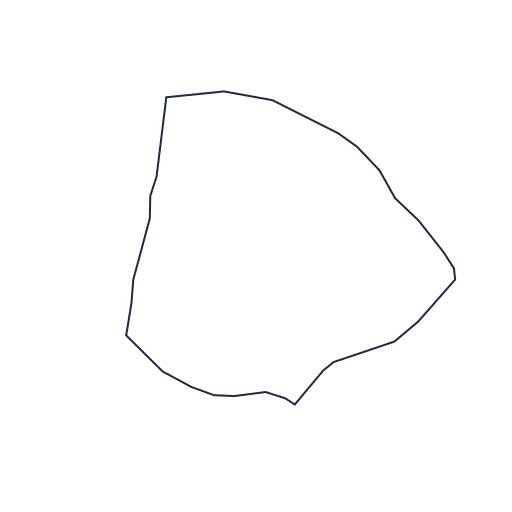 outline of Salcajá, Quezaltenango, Guatemala, rotated 39°
{"feature_id": "79465075B86011585476581", "entity_name": "Salcajá", "entity_type": "district", "adm_level": 2, "iso_a3": "GTM", "parent_name": "Guatemala", "parent_adm1": "Quezaltenango", "projection": "albers", "projection_center": [-91.46, 14.876], "detail": "fine", "context": "isolated", "style": "outline", "palette": "slate", "viewbox_px": 512, "rotation_deg": 39, "n_neighbors": 0, "source": "geoboundaries", "source_scale": "gbopen_adm2", "svg_char_len": 524}
<svg xmlns="http://www.w3.org/2000/svg" viewBox="0 0 512 512"><g transform="rotate(39 256 256)"><path d="M379.6,347.0L380.3,302.7L383.1,289.5L417.4,235.4L423.3,205.0L425.6,149.0L417.6,141.0L399.3,135.0L359.9,126.1L327.8,123.6L298.1,111.7L265.6,107.5L242.6,108.9L200.0,118.2L170.6,124.6L127.5,148.3L86.4,189.1L128.8,256.9L136.0,275.8L149.9,293.7L175.5,351.6L188.6,370.6L205.1,399.4L256.2,404.5L288.4,398.4L311.0,390.6L327.4,378.4L348.9,355.8L368.2,348.2L379.6,347.0Z" fill="none" stroke="#1e293b" stroke-width="2"/></g></svg>